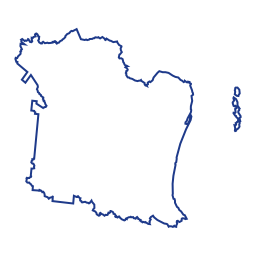 Hinchinbrook, Queensland, Australia
{"feature_id": "25037944B17459590153092", "entity_name": "Hinchinbrook", "entity_type": "district", "adm_level": 2, "iso_a3": "AUS", "parent_name": "Australia", "parent_adm1": "Queensland", "projection": "robinson", "projection_center": [146.068, -18.658], "detail": "fine", "context": "isolated", "style": "outline", "palette": "blue", "viewbox_px": 256, "rotation_deg": 0, "n_neighbors": 0, "source": "geoboundaries", "source_scale": "gbopen_adm2", "svg_char_len": 5697}
<svg xmlns="http://www.w3.org/2000/svg" viewBox="0 0 256 256"><path d="M21.1,39.7L21.5,40.2L21.3,41.3L21.7,42.2L24.5,44.3L20.6,43.8L20.4,46.1L21.9,49.2L21.1,49.8L21.2,51.0L20.3,51.5L20.7,52.9L20.4,54.1L18.0,56.4L17.2,58.1L16.6,58.3L15.7,57.9L15.4,58.9L16.3,61.8L17.4,61.9L17.3,63.5L27.4,72.0L21.9,79.7L25.4,82.7L30.9,75.0L37.6,85.2L37.9,87.0L36.9,89.2L37.6,90.4L37.9,92.1L39.1,92.9L39.3,93.9L40.1,94.2L40.5,94.9L41.0,95.1L41.1,96.0L43.3,97.5L42.9,98.9L43.4,99.2L43.4,100.6L44.2,100.8L44.1,101.5L44.8,102.2L45.5,104.5L46.5,105.8L45.7,107.0L44.9,107.0L44.1,107.5L43.2,107.5L43.0,107.9L36.4,103.6L36.7,101.2L32.3,100.7L31.3,110.5L34.2,110.9L34.3,111.5L35.3,112.3L35.0,113.8L38.4,114.2L34.2,158.5L33.8,158.5L33.7,159.2L32.3,159.2L32.4,160.5L31.7,160.9L31.3,162.4L32.4,163.6L33.4,163.7L34.1,165.0L34.4,165.8L34.0,166.6L34.2,168.3L32.0,168.7L31.5,168.6L30.8,175.5L31.2,176.2L31.0,176.9L29.5,177.5L29.3,178.0L27.6,178.1L26.9,177.8L26.5,178.3L26.8,178.9L26.3,181.4L27.4,182.6L29.3,182.6L29.5,183.2L31.0,184.3L31.9,185.8L32.9,186.2L32.6,190.1L38.0,190.5L39.0,190.8L39.4,189.9L41.2,190.7L41.2,191.1L41.8,191.4L42.3,192.2L43.3,191.8L44.2,193.0L44.6,194.4L44.7,196.2L47.6,197.2L48.8,198.7L50.1,197.6L51.8,197.3L52.5,196.6L52.8,196.7L52.5,201.1L73.2,203.5L73.9,195.8L76.6,197.0L77.1,197.0L77.1,196.7L78.0,196.2L79.8,198.2L80.4,198.3L80.1,199.2L80.2,200.5L81.4,201.2L81.6,202.0L82.1,202.4L85.2,201.8L86.6,202.6L88.4,202.9L88.7,203.3L89.5,203.2L91.5,200.6L91.9,201.7L94.3,204.6L94.4,208.0L93.3,209.2L92.8,210.4L95.3,211.5L96.4,212.9L96.7,214.3L98.8,215.7L99.5,215.5L100.0,214.9L99.7,213.4L100.4,212.9L101.8,214.1L103.0,214.5L104.5,215.7L105.7,214.8L106.2,215.0L107.5,214.9L108.4,212.8L108.9,213.2L110.1,212.4L110.5,211.0L110.8,211.0L112.7,211.9L113.3,212.6L113.5,213.8L115.0,214.2L115.7,215.6L115.2,216.4L115.5,216.9L115.8,217.0L116.5,216.4L117.1,217.3L117.6,217.5L118.6,216.6L119.3,216.5L119.8,217.5L121.8,219.3L124.3,220.4L125.1,220.1L125.8,218.8L126.8,219.1L126.8,218.2L129.0,217.2L130.4,217.2L130.8,216.8L131.7,217.3L133.1,217.1L133.8,218.2L135.0,218.3L135.4,218.7L135.9,218.5L136.3,217.6L137.1,217.0L138.1,218.2L138.3,219.0L138.8,219.0L140.3,219.9L140.2,220.2L140.7,220.1L140.9,221.2L141.4,221.7L142.1,221.7L142.5,222.3L143.7,221.9L145.1,222.5L145.5,222.1L148.2,223.9L149.8,224.1L149.4,223.2L149.8,222.0L149.5,221.4L150.7,219.5L149.9,218.4L150.8,217.1L153.0,215.7L154.2,217.4L157.4,220.0L164.2,223.5L166.6,223.9L167.4,224.3L168.7,226.7L169.6,226.2L171.7,226.4L172.9,226.9L174.2,225.8L174.8,226.5L176.2,226.8L176.3,225.5L177.2,223.5L176.7,222.1L177.0,221.0L177.8,220.8L178.9,221.8L179.5,222.0L181.6,220.8L181.7,218.9L182.3,218.3L184.0,218.4L185.4,219.1L186.7,218.8L184.8,215.2L183.4,214.7L181.1,211.4L179.3,210.0L178.3,207.8L177.0,206.9L175.0,202.7L175.0,200.8L174.6,199.1L173.5,198.8L172.5,195.1L172.8,193.9L172.6,183.8L173.4,175.8L175.5,165.1L175.5,164.4L175.2,164.0L175.5,162.8L176.2,162.2L176.7,158.9L176.6,157.4L180.3,143.7L186.0,129.4L190.6,120.1L191.4,116.5L191.0,115.7L190.1,117.9L189.9,119.8L188.4,123.0L187.0,124.1L185.4,123.7L185.5,122.3L186.7,121.0L187.7,118.2L190.8,112.5L191.2,110.7L191.1,109.4L190.8,109.2L190.9,106.1L192.2,100.9L191.5,95.9L193.1,94.7L192.9,93.0L192.4,92.2L192.0,90.2L190.3,85.9L190.2,85.2L190.9,84.3L190.9,83.7L189.4,82.8L189.5,82.0L188.1,81.7L188.0,82.4L186.8,82.3L185.0,81.0L185.0,81.4L183.7,82.1L182.3,80.8L180.5,79.9L178.3,77.5L175.4,76.9L172.7,75.6L168.6,72.9L165.5,72.2L162.7,72.2L159.3,71.2L157.6,72.7L153.6,77.5L152.6,80.3L150.4,82.1L149.4,81.5L147.8,82.6L147.9,84.3L146.5,84.8L146.9,85.9L146.2,85.5L145.5,85.5L144.7,84.5L144.6,83.0L141.4,80.9L141.0,80.0L140.1,80.7L139.1,80.6L137.6,81.1L135.0,80.5L132.3,78.9L129.7,78.2L129.0,77.5L127.7,77.4L126.3,75.2L126.3,73.6L125.8,73.0L126.4,71.8L126.2,71.2L127.4,70.5L127.7,69.5L126.7,68.0L125.4,67.3L126.3,66.2L127.3,66.1L126.5,65.6L125.4,65.5L124.5,64.5L124.0,63.0L123.4,62.4L122.6,59.1L121.3,58.3L119.5,58.4L118.8,57.4L119.4,54.6L120.0,54.3L121.8,52.1L120.9,50.4L120.6,48.4L121.5,46.7L121.4,46.2L119.1,45.0L117.3,42.4L117.1,41.5L113.3,42.1L110.8,40.8L109.7,40.6L106.5,38.6L105.6,40.0L105.0,39.7L104.7,38.8L102.4,37.0L100.1,38.4L99.0,37.8L98.5,37.2L97.4,37.6L95.3,37.3L94.4,38.2L93.4,38.2L92.3,38.9L89.7,39.0L89.1,39.6L87.2,40.1L86.1,39.5L84.8,40.0L80.9,39.2L76.6,29.1L72.6,31.2L71.6,30.9L70.7,31.4L69.2,33.2L67.1,34.1L65.3,36.2L65.3,37.1L64.1,38.4L62.4,39.6L62.0,40.3L60.2,41.1L58.8,42.7L57.8,42.8L56.8,43.6L56.1,42.9L56.1,41.9L55.0,41.1L54.4,41.3L54.3,42.0L52.7,41.9L52.7,42.6L50.1,43.0L48.4,43.1L47.5,42.7L44.9,43.2L43.1,41.8L42.2,42.5L42.0,43.4L41.0,43.5L39.2,42.4L38.2,40.4L38.9,39.5L39.2,36.7L38.2,36.4L38.1,35.6L37.4,34.3L36.8,33.8L36.3,34.0L36.1,33.6L35.5,33.8L35.0,34.6L35.6,36.4L33.5,37.0L33.0,37.8L31.8,37.7L32.0,38.4L31.6,38.8L31.9,39.8L31.7,40.3L32.2,41.0L32.2,41.5L31.3,42.2L30.0,41.9L28.4,39.2L28.1,39.1L27.9,39.9L26.4,40.8L25.5,40.5L24.7,41.0L22.2,39.0L21.1,39.7ZM233.5,113.2L235.3,115.8L236.0,116.0L236.3,117.1L237.7,118.3L238.3,119.7L237.7,121.8L236.8,122.1L236.5,122.8L235.7,123.1L236.1,124.6L235.4,125.4L234.5,125.2L235.2,128.1L234.9,130.7L235.2,131.1L235.7,131.0L236.2,130.6L236.3,129.6L238.0,128.7L239.2,127.2L239.5,126.5L239.2,124.6L239.7,123.2L239.5,121.8L240.3,121.3L239.6,118.7L239.6,117.8L240.6,117.2L240.6,116.1L238.3,112.5L238.3,111.2L239.2,110.2L239.1,109.0L239.6,108.6L237.5,105.5L237.5,102.2L236.1,99.2L233.7,97.4L233.4,98.1L234.1,100.5L232.7,102.4L232.8,103.5L233.6,105.9L234.8,106.4L235.3,105.8L235.6,106.0L236.4,106.6L236.7,108.0L235.1,109.0L235.6,112.3L235.1,112.9L233.6,112.7L233.5,113.2ZM239.7,93.4L239.3,89.7L237.5,87.6L235.7,87.6L235.2,88.1L235.2,89.6L234.8,90.2L235.2,91.8L234.8,94.3L236.8,95.8L238.4,96.0L238.5,95.3L239.7,93.4Z" fill="none" stroke="#1e3a8a" stroke-width="2"/></svg>